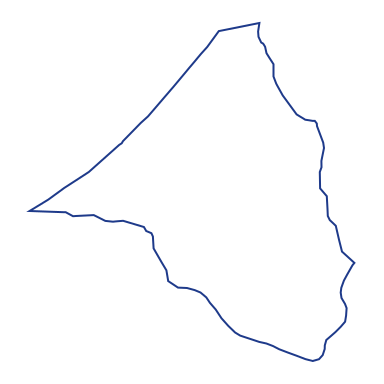 outline of Yumbi, Bandundu, Democratic Republic of the Congo
{"feature_id": "63176286B53648445078824", "entity_name": "Yumbi", "entity_type": "district", "adm_level": 2, "iso_a3": "COD", "parent_name": "Democratic Republic of the Congo", "parent_adm1": "Bandundu", "projection": "orthographic", "projection_center": [16.525, -2.097], "detail": "fine", "context": "isolated", "style": "outline", "palette": "blue", "viewbox_px": 384, "rotation_deg": 0, "n_neighbors": 0, "source": "geoboundaries", "source_scale": "gbopen_adm2", "svg_char_len": 1599}
<svg xmlns="http://www.w3.org/2000/svg" viewBox="0 0 384 384"><path d="M168.2,281.1L178.0,287.6L187.0,288.0L194.7,290.1L200.5,292.5L206.3,297.4L209.9,302.8L215.7,309.5L221.5,318.3L228.2,325.8L235.1,332.5L240.2,335.6L245.0,337.2L252.9,339.8L259.2,341.9L266.4,343.5L272.9,346.0L279.1,349.2L288.0,352.6L296.5,355.7L305.4,359.1L312.7,361.0L319.0,359.2L322.7,355.1L324.7,349.0L324.8,345.4L326.3,340.0L330.5,336.4L335.4,332.1L340.7,326.8L345.1,321.7L346.1,315.5L346.6,308.1L345.0,303.9L341.5,298.0L340.7,292.6L341.3,287.8L343.9,280.6L347.1,274.7L352.5,265.2L354.4,262.9L342.0,251.6L339.0,239.7L335.8,225.8L333.1,223.2L329.8,220.1L327.8,216.0L327.5,209.0L326.8,196.2L320.1,188.4L319.8,172.0L321.5,167.3L321.4,160.9L324.0,148.0L323.2,142.6L317.0,126.1L316.8,123.5L314.8,120.9L312.8,120.9L309.2,120.3L307.2,120.0L305.2,119.7L303.5,118.6L300.0,116.5L296.6,114.4L282.7,95.4L277.2,85.5L276.2,83.6L273.5,76.5L273.5,64.2L269.5,58.0L266.5,53.2L265.1,46.8L263.8,44.6L263.1,43.6L261.2,42.5L258.5,36.8L258.1,31.5L259.4,23.0L252.4,24.4L218.8,31.1L207.2,47.0L200.7,54.2L197.7,57.8L192.2,64.4L189.2,67.9L185.4,72.5L173.1,87.2L171.7,88.8L170.4,90.3L167.5,93.7L164.3,97.4L148.0,116.4L140.8,122.9L123.0,141.1L121.7,143.3L119.5,144.7L119.2,144.9L88.8,172.0L72.2,182.8L64.3,187.9L48.3,199.6L29.6,211.0L63.6,212.2L65.7,212.2L73.0,216.2L74.7,216.1L75.8,216.0L93.8,215.1L94.5,215.5L95.0,215.7L105.3,220.9L113.0,221.7L115.8,221.4L123.1,220.8L143.9,227.0L145.3,229.4L146.2,231.0L148.6,232.0L151.4,233.2L152.0,234.5L152.9,236.5L153.6,248.4L161.2,261.6L166.4,270.3L168.2,281.1Z" fill="none" stroke="#1e3a8a" stroke-width="2"/></svg>